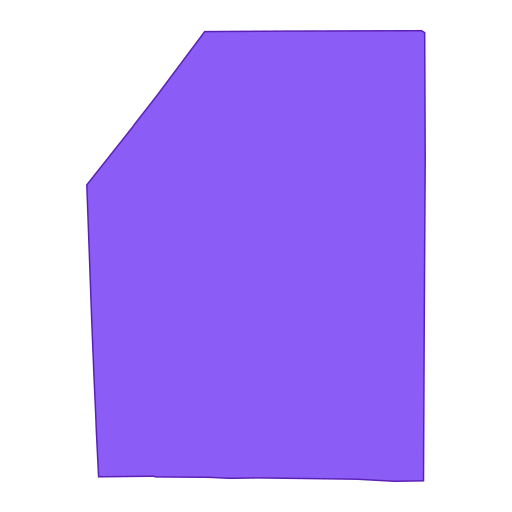 the district of Butler, Pennsylvania, United States of America
{"feature_id": "52423323B72278925034115", "entity_name": "Butler", "entity_type": "district", "adm_level": 2, "iso_a3": "USA", "parent_name": "United States of America", "parent_adm1": "Pennsylvania", "projection": "natural_earth1", "projection_center": [-79.963, 40.921], "detail": "fine", "context": "isolated", "style": "filled", "palette": "violet", "viewbox_px": 512, "rotation_deg": 0, "n_neighbors": 0, "source": "geoboundaries", "source_scale": "gbopen_adm2", "svg_char_len": 432}
<svg xmlns="http://www.w3.org/2000/svg" viewBox="0 0 512 512"><path d="M135.6,122.9L132.8,126.8L86.8,184.9L90.5,286.5L91.5,314.9L93.9,374.7L95.7,414.3L96.4,432.2L98.6,476.8L153.5,476.2L155.7,476.9L208.6,477.3L229.7,478.3L258.6,477.9L356.9,479.2L395.1,481.3L423.5,480.8L424.1,352.3L424.5,279.4L425.2,157.9L424.7,32.7L421.6,30.7L286.0,31.1L204.7,31.6L156.6,96.0L135.6,122.9Z" fill="#8b5cf6" stroke="#5b21b6" stroke-width="1.5"/></svg>